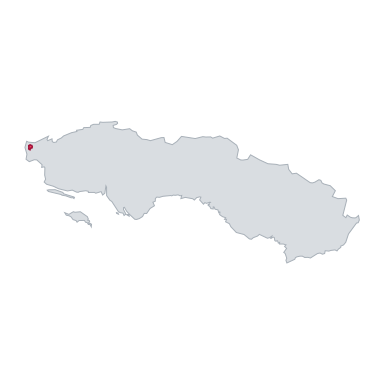 Svedala, Skåne, Sweden (highlighted), rotated 91°
{"feature_id": "70781695B13433668994781", "entity_name": "Svedala", "entity_type": "district", "adm_level": 2, "iso_a3": "SWE", "parent_name": "Sweden", "parent_adm1": "Skåne", "projection": "albers", "projection_center": [13.297, 55.571], "detail": "fine", "context": "in_parent", "style": "filled", "palette": "rose", "viewbox_px": 384, "rotation_deg": 91, "n_neighbors": 0, "source": "geoboundaries", "source_scale": "gbopen_adm2", "svg_char_len": 4245}
<svg xmlns="http://www.w3.org/2000/svg" viewBox="0 0 384 384"><g transform="rotate(91 192 192)"><path d="M125.8,268.9L126.8,272.0L129.0,271.7L129.9,269.4L131.1,262.8L129.8,255.4L131.8,252.8L133.1,248.8L136.1,247.6L140.0,242.9L140.4,238.1L141.4,234.5L138.2,223.7L138.0,221.0L142.9,219.7L145.0,212.5L141.7,207.9L136.6,203.5L138.5,189.7L136.5,182.2L136.8,179.1L136.6,174.3L137.8,172.3L135.5,165.2L137.9,160.4L137.6,157.8L144.5,148.1L149.0,146.3L157.2,147.8L159.1,143.9L159.2,141.8L158.4,136.9L153.8,134.1L158.6,125.2L162.4,116.6L162.9,108.3L163.7,104.8L162.7,96.7L167.7,95.7L172.1,92.2L171.4,87.9L180.6,74.0L180.8,71.6L180.0,69.3L177.5,65.3L178.1,63.4L180.6,62.2L181.7,60.3L183.3,53.9L188.2,48.7L194.1,51.6L196.1,45.9L195.5,38.1L197.4,37.2L212.7,40.8L215.0,37.7L212.3,36.4L214.5,33.1L215.0,31.1L215.1,28.9L214.9,27.7L212.6,25.1L217.1,24.2L219.8,25.3L220.2,27.0L231.2,34.8L239.6,37.4L242.3,39.6L243.5,42.3L244.8,42.3L246.6,44.7L248.4,46.0L247.4,48.0L248.0,52.2L248.7,54.1L248.4,57.8L251.2,58.3L251.9,60.5L250.8,62.9L251.3,65.4L255.9,72.4L255.3,75.0L255.5,78.1L254.2,80.6L254.3,83.0L255.0,86.0L255.8,87.4L257.5,88.1L261.3,95.9L258.7,96.9L256.5,96.1L251.8,97.8L250.8,99.2L246.7,96.4L244.8,98.5L243.2,97.1L242.4,99.9L242.5,103.6L240.8,103.5L241.6,104.8L239.3,105.6L239.2,106.2L239.8,107.1L239.2,108.3L236.0,109.0L235.7,110.3L236.8,111.6L236.9,112.5L234.7,111.4L236.4,113.9L236.9,115.8L233.2,123.9L234.9,125.7L236.6,129.9L238.2,131.7L237.9,133.8L233.6,139.2L231.7,147.0L226.1,152.5L223.0,154.1L221.2,157.9L218.7,157.0L218.8,159.0L217.1,157.9L216.1,161.1L214.1,164.0L211.6,163.7L211.4,164.2L212.2,164.9L209.4,165.8L208.8,168.7L206.7,169.6L206.5,170.5L208.6,170.5L208.3,172.8L206.0,174.1L205.2,175.6L204.1,175.6L204.3,174.5L202.6,174.7L202.1,173.4L201.8,173.8L203.1,177.4L202.4,179.0L204.0,180.3L199.8,184.2L197.0,183.0L196.7,184.1L197.5,187.2L200.0,189.5L198.7,191.2L197.5,198.6L198.8,203.0L195.6,202.2L196.0,203.8L195.1,205.9L195.6,208.7L195.4,210.6L196.2,212.2L195.9,213.1L196.8,221.0L197.9,224.4L197.7,227.1L199.1,228.5L201.9,228.6L202.9,230.9L206.4,229.3L209.2,233.6L214.3,237.0L214.2,239.4L217.4,241.0L219.5,244.2L220.4,246.9L220.3,248.7L215.8,253.7L212.3,257.1L208.5,259.3L208.7,260.1L210.7,260.2L215.2,257.7L216.7,259.5L214.3,260.6L213.9,263.4L213.0,265.2L202.9,272.0L201.6,274.0L197.1,277.3L188.6,277.5L187.3,278.2L194.7,279.1L196.6,281.3L193.2,282.9L194.9,288.2L194.1,289.6L194.3,295.6L193.1,295.7L192.6,298.2L193.5,304.2L194.3,305.8L194.1,307.6L192.2,311.7L193.1,316.5L191.1,325.4L188.7,330.6L186.8,337.5L184.6,340.0L181.8,338.6L177.7,339.6L170.3,339.5L169.4,340.2L170.0,342.7L167.3,342.4L162.6,347.8L162.5,350.3L164.5,355.2L162.2,358.5L157.1,357.7L150.3,359.8L144.2,358.2L145.0,356.4L145.5,349.9L138.7,336.5L141.9,337.9L143.2,337.2L141.3,332.9L144.0,332.6L144.9,331.1L144.4,328.5L142.2,327.4L140.2,323.5L138.2,321.4L134.8,313.5L133.5,308.1L132.3,308.5L131.3,302.3L129.5,301.3L129.2,295.0L127.2,294.3L126.0,291.4L125.9,286.0L123.6,285.2L123.9,282.6L123.4,273.0L122.7,270.0L123.4,267.8L124.7,267.6L125.8,268.9ZM225.5,295.5L224.5,296.2L224.0,298.0L222.3,299.0L222.5,304.4L224.2,306.4L222.6,307.4L221.7,310.4L218.9,312.6L217.9,314.5L217.4,317.3L214.9,318.9L216.5,314.7L213.8,310.3L214.3,308.6L213.7,303.3L218.5,296.2L220.8,295.2L222.0,295.9L222.3,294.2L223.1,293.8L225.5,295.5ZM194.0,335.6L192.7,336.8L192.3,335.1L192.1,328.8L194.7,321.1L196.0,320.4L199.0,310.1L199.4,309.4L200.6,309.9L199.8,310.9L199.9,312.7L198.0,318.3L197.5,321.9L196.8,322.8L194.0,335.6ZM226.4,293.3L226.3,294.8L224.9,293.7L226.0,291.9L228.6,292.1L226.4,293.3ZM217.3,254.4L215.9,256.9L215.5,255.9L215.8,254.7L217.3,254.4ZM214.7,267.0L213.9,267.2L214.4,265.6L215.5,265.1L214.7,267.0Z" fill="#d9dde1" stroke="#a8b0b8" stroke-width="1"/><path d="M148.5,356.0L148.9,356.0L149.3,356.0L149.5,355.9L150.0,355.9L150.3,355.8L150.9,356.0L151.4,356.0L151.7,356.0L152.0,355.8L152.3,355.6L152.4,355.4L152.4,355.0L152.5,354.8L152.0,354.8L151.8,354.5L151.7,354.2L151.4,354.1L151.1,353.9L150.8,353.8L150.8,353.3L150.8,352.9L150.4,352.9L150.0,352.5L149.3,352.5L148.9,352.7L148.6,352.9L148.5,353.0L148.3,353.0L148.2,353.6L148.1,353.9L147.9,354.1L147.8,354.4L147.7,354.6L147.9,354.7L147.9,355.1L148.1,355.4L148.5,355.7L148.5,356.0Z" fill="#f43f5e" stroke="#9f1239" stroke-width="1.5"/></g></svg>